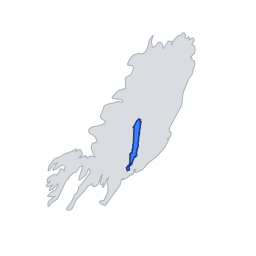 Skeiða- og Gnúpverjahreppur, Suðurland, Iceland shown in context, rotated 308°
{"feature_id": "244011B10209439874100", "entity_name": "Skeiða- og Gnúpverjahreppur", "entity_type": "district", "adm_level": 2, "iso_a3": "ISL", "parent_name": "Iceland", "parent_adm1": "Suðurland", "projection": "natural_earth1", "projection_center": [-19.543, 64.398], "detail": "fine", "context": "in_parent", "style": "filled", "palette": "blue", "viewbox_px": 256, "rotation_deg": 308, "n_neighbors": 0, "source": "geoboundaries", "source_scale": "gbopen_adm2", "svg_char_len": 7615}
<svg xmlns="http://www.w3.org/2000/svg" viewBox="0 0 256 256"><g transform="rotate(308 128 128)"><path d="M197.8,94.7L200.1,94.7L203.8,93.9L209.2,91.2L211.5,90.7L216.7,90.7L210.4,93.2L208.1,96.0L206.4,97.3L206.5,97.9L211.0,99.6L213.1,99.1L214.1,99.3L215.0,100.1L215.6,101.7L215.3,103.3L214.0,105.0L212.3,106.3L212.6,106.8L214.0,107.0L221.4,106.2L222.3,108.2L222.9,108.9L222.8,109.5L219.9,111.7L223.3,110.3L226.0,110.0L230.8,110.6L232.7,111.4L233.9,112.8L236.2,112.4L237.3,113.2L237.4,114.0L236.4,116.3L233.7,117.5L235.4,119.2L236.8,119.2L237.1,119.6L237.0,120.6L234.8,121.8L238.4,123.1L238.9,123.5L238.7,125.0L238.2,125.9L237.1,126.4L234.6,126.5L233.0,127.0L233.6,127.9L233.2,130.4L231.2,132.5L229.4,133.6L227.5,134.3L222.4,133.5L222.7,135.3L220.9,136.4L221.3,137.3L221.9,137.8L221.6,139.0L219.4,141.4L217.7,142.2L214.5,143.2L209.8,145.4L205.0,145.4L193.2,148.6L188.6,150.3L180.3,155.5L176.8,156.8L170.8,157.5L152.7,160.9L150.7,162.9L150.6,163.3L151.4,164.1L150.0,165.6L147.3,166.6L146.0,166.6L143.7,165.7L143.5,166.2L144.4,167.2L135.5,169.0L123.2,168.1L112.3,165.5L103.6,165.0L97.5,161.5L97.4,161.0L98.1,159.9L100.3,159.5L99.2,158.4L95.5,160.3L94.3,160.2L92.8,159.5L92.7,158.7L89.6,158.4L84.4,156.2L84.0,155.7L85.3,155.0L85.0,154.8L82.1,154.9L77.9,157.0L53.2,157.8L52.4,156.7L51.4,152.7L52.3,151.0L53.3,151.2L56.2,153.5L62.8,152.2L65.5,151.3L68.1,149.2L69.5,148.5L71.5,145.7L73.6,144.0L77.8,143.2L74.1,142.7L67.8,144.9L65.7,144.9L66.7,143.9L68.8,142.9L67.4,142.8L66.8,142.3L66.8,141.3L67.9,139.6L75.3,136.7L73.6,136.1L68.4,138.3L64.7,139.1L61.7,138.1L60.3,136.7L60.4,136.1L62.2,134.4L61.9,134.0L60.7,133.8L57.5,132.2L52.3,132.4L39.5,131.4L29.8,133.7L27.5,132.7L25.7,130.4L26.1,129.5L27.8,129.0L32.5,129.1L39.5,128.1L42.7,126.8L43.9,127.1L44.5,127.7L48.8,126.7L51.1,125.6L54.9,126.1L69.3,125.5L71.2,124.0L72.0,122.2L71.6,121.9L66.3,123.5L65.1,123.5L59.0,122.6L56.8,121.6L57.6,120.9L60.8,119.2L69.1,116.3L70.3,115.7L70.4,115.1L67.2,113.9L61.0,114.2L59.4,112.8L54.3,111.9L50.8,112.4L49.0,111.6L28.7,116.1L22.2,114.0L17.5,113.7L17.1,113.0L19.9,111.0L21.8,110.7L23.6,110.9L27.2,112.2L29.7,112.7L26.6,110.6L26.5,108.7L25.6,108.2L24.7,106.9L25.1,106.5L28.8,106.7L34.6,109.0L37.6,108.6L41.4,107.1L32.9,106.3L30.4,104.5L32.3,103.6L36.6,103.7L31.8,100.7L31.6,100.2L32.5,98.8L38.5,100.0L35.4,98.2L35.3,97.8L36.2,97.4L36.8,96.3L38.3,95.9L41.4,96.3L46.1,98.4L46.8,98.9L46.9,101.1L48.8,100.7L51.0,101.0L52.9,99.6L54.2,99.9L55.2,101.2L55.0,104.1L56.3,103.1L58.5,103.0L58.9,100.7L58.5,98.8L51.3,96.6L48.5,95.1L48.8,94.5L50.2,94.1L57.9,93.7L54.6,92.7L53.8,91.8L48.1,92.2L45.2,91.8L45.1,91.3L46.3,90.6L49.8,89.1L56.4,89.0L59.1,89.4L64.2,92.6L68.3,93.9L75.1,98.3L79.5,99.9L79.7,100.4L79.0,100.9L77.3,101.5L79.8,102.2L81.4,103.3L81.5,103.8L80.0,107.4L78.4,108.5L74.3,107.8L75.3,109.0L78.2,110.1L78.8,110.8L78.4,111.5L79.8,111.3L80.2,111.6L79.5,113.6L78.8,114.4L81.2,114.8L82.9,115.8L84.9,119.8L86.0,116.7L86.6,115.6L87.6,115.1L88.8,112.0L91.6,110.1L94.1,109.4L96.8,111.6L98.6,111.8L100.7,108.0L100.9,105.1L100.3,102.0L100.7,99.7L102.0,98.4L103.7,98.0L107.4,99.3L110.4,102.4L115.0,105.8L118.2,106.7L118.8,106.6L119.3,105.5L118.9,101.0L120.4,98.6L124.1,98.1L129.9,95.9L131.2,95.8L134.0,97.1L139.1,101.5L142.7,103.6L144.6,106.9L145.5,107.6L146.3,106.5L146.3,105.0L141.9,98.2L141.8,97.3L142.3,96.5L150.1,96.9L151.9,97.6L157.4,101.5L160.1,99.9L165.3,95.3L167.1,95.5L171.7,97.3L173.5,97.2L178.8,95.5L179.9,93.4L177.5,89.0L178.5,88.1L183.4,87.0L188.7,87.2L194.2,91.3L194.5,93.2L197.8,94.7Z" fill="#d9dde1" stroke="#a8b0b8" stroke-width="1"/><path d="M132.0,131.8L132.5,132.2L126.9,136.2L119.8,141.3L119.6,141.5L119.3,141.8L119.1,141.9L118.7,141.9L118.5,142.0L118.4,142.0L118.2,142.0L117.8,142.3L117.6,142.4L117.6,142.6L117.4,142.6L117.2,142.7L117.0,142.8L116.6,143.0L116.4,143.3L116.3,143.5L116.0,143.6L115.9,143.7L115.8,143.8L115.7,143.9L115.5,144.0L115.4,144.1L115.5,144.2L115.4,144.3L115.0,144.5L115.0,144.4L114.8,144.5L114.6,144.4L114.4,144.5L114.2,144.4L114.0,144.5L113.9,144.5L113.7,144.8L113.1,144.9L112.8,145.0L112.7,145.0L112.5,145.3L112.4,145.4L112.4,145.5L112.1,145.8L111.9,146.1L111.7,146.2L111.4,146.3L111.1,146.3L110.9,146.3L110.7,146.4L110.5,146.5L110.4,146.5L110.2,146.4L110.1,146.2L109.8,146.0L109.9,145.9L109.9,145.6L109.7,145.6L109.1,145.6L108.6,145.8L108.3,145.8L108.2,146.0L107.9,146.1L107.8,146.3L107.6,146.4L107.4,146.5L107.3,146.8L106.9,147.0L106.5,147.4L106.6,147.5L106.4,147.7L106.4,147.8L106.0,147.8L105.9,148.0L105.6,148.0L105.4,148.1L105.3,148.3L105.2,148.3L105.1,148.5L104.9,148.5L104.7,148.6L104.4,148.8L104.2,148.9L104.1,149.0L103.7,149.4L103.6,149.5L103.4,149.7L103.1,149.9L102.9,150.0L102.7,150.1L102.5,150.3L102.5,150.5L102.2,150.6L102.0,150.9L101.9,151.1L101.7,151.1L101.8,151.2L101.8,151.3L101.5,151.4L101.4,151.5L101.0,151.6L100.7,151.8L100.3,151.7L99.9,151.7L99.5,151.6L99.4,151.6L99.2,151.5L98.9,151.6L98.6,151.5L98.5,151.4L98.4,151.3L98.2,151.3L97.2,151.3L96.2,151.2L95.9,151.1L95.5,151.4L95.5,151.5L95.5,151.8L94.9,152.2L94.8,152.3L94.7,152.5L94.6,153.0L94.4,153.2L94.4,153.3L94.6,153.4L94.6,153.5L94.4,153.8L94.2,153.9L94.6,154.1L94.8,154.2L95.1,154.4L95.5,154.8L95.8,154.8L96.0,154.7L96.7,154.3L96.9,154.1L97.0,153.9L97.2,153.4L97.4,153.1L97.5,153.0L98.0,152.8L98.3,152.7L99.3,152.7L99.5,152.7L99.7,152.8L100.1,152.7L100.5,152.7L100.4,152.8L100.8,153.0L101.0,153.1L101.3,153.3L102.0,153.2L102.2,152.9L102.4,152.7L102.6,152.7L103.1,152.7L103.3,152.7L103.5,152.6L103.8,152.3L104.2,152.4L104.3,152.2L104.7,152.1L104.8,152.0L105.1,151.9L105.3,151.8L105.5,151.8L105.8,151.7L106.0,151.6L106.5,151.7L106.8,151.6L107.0,151.4L107.3,151.2L107.6,151.0L108.0,151.0L108.2,150.9L108.4,150.8L108.6,150.7L108.9,150.8L109.0,150.8L109.5,151.0L110.0,151.0L110.3,151.0L110.6,151.2L110.6,151.3L110.4,151.4L110.4,151.5L110.5,151.6L110.4,151.7L110.5,151.7L111.0,151.7L111.4,151.6L111.7,151.6L111.9,151.6L112.2,151.5L112.4,151.4L112.5,151.3L112.5,151.1L112.6,150.9L113.0,150.4L113.2,150.1L113.5,150.0L113.8,149.6L114.0,149.6L114.9,149.2L115.7,149.0L116.3,148.7L116.7,148.5L116.7,148.4L116.7,148.1L116.8,148.0L117.5,148.0L117.8,147.9L118.0,147.8L118.5,147.7L119.3,147.4L120.4,146.9L120.8,146.5L121.4,146.2L121.5,146.1L121.5,145.9L121.7,145.7L121.8,145.4L122.0,145.3L122.2,145.1L122.6,144.8L123.2,144.7L123.3,144.6L124.0,144.4L124.3,144.3L124.4,144.2L124.8,143.9L125.0,143.8L125.4,143.6L125.5,143.5L125.6,143.3L125.9,143.0L125.9,142.9L126.2,142.8L126.3,142.6L126.7,142.3L127.0,142.2L127.4,142.2L127.6,142.1L127.9,141.9L128.1,141.8L128.3,141.7L128.5,141.4L128.6,141.2L129.1,141.1L129.5,141.0L129.9,140.9L130.2,140.9L130.5,140.7L130.7,140.4L131.0,140.2L130.9,139.9L130.6,139.9L130.7,139.7L131.0,139.4L131.7,139.4L131.8,139.4L132.0,139.3L132.4,139.2L132.7,138.9L132.8,138.8L132.9,138.7L133.0,138.6L133.3,138.5L133.6,138.4L133.9,138.1L134.0,138.1L134.5,138.1L134.7,137.9L134.7,137.7L135.0,137.6L135.3,137.5L135.5,137.5L135.7,137.4L135.8,137.3L135.9,137.2L136.0,137.2L136.3,136.9L136.5,136.8L136.6,136.7L136.7,136.4L136.8,136.3L137.1,136.2L137.4,136.2L137.5,136.2L137.9,135.8L138.0,135.7L138.7,135.6L138.9,135.5L138.9,135.4L139.0,135.4L139.3,135.3L139.7,135.0L139.7,134.9L139.7,134.7L139.8,134.7L140.1,134.7L140.2,134.4L140.3,134.4L140.4,134.2L140.5,134.2L140.4,134.1L140.5,134.0L140.4,133.9L140.6,133.8L140.6,133.7L140.6,133.4L140.8,133.2L141.0,133.1L141.1,132.9L141.3,132.9L141.3,132.7L141.5,132.7L141.4,132.6L141.5,132.5L141.5,132.4L141.6,132.2L141.8,132.0L142.0,131.9L142.2,131.6L142.1,131.4L142.1,131.2L141.8,131.1L141.7,131.1L141.3,131.0L141.0,130.9L140.8,130.9L140.7,130.9L140.4,130.7L140.1,130.8L139.8,130.7L139.7,130.7L139.4,130.6L138.4,130.7L132.0,131.8Z" fill="#3b82f6" stroke="#1e3a8a" stroke-width="1.5"/></g></svg>